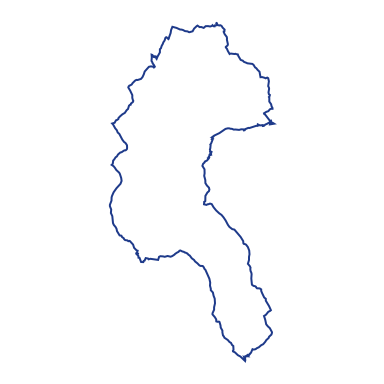 Rozavlea, Maramures, Romania (Natural Earth projection), rotated 270°
{"feature_id": "2599482B19056490383889", "entity_name": "Rozavlea", "entity_type": "district", "adm_level": 2, "iso_a3": "ROU", "parent_name": "Romania", "parent_adm1": "Maramures", "projection": "natural_earth1", "projection_center": [24.205, 47.737], "detail": "fine", "context": "isolated", "style": "outline", "palette": "blue", "viewbox_px": 384, "rotation_deg": 270, "n_neighbors": 0, "source": "geoboundaries", "source_scale": "gbopen_adm2", "svg_char_len": 6038}
<svg xmlns="http://www.w3.org/2000/svg" viewBox="0 0 384 384"><g transform="rotate(270 192 192)"><path d="M73.8,270.9L77.8,269.1L83.3,265.8L85.2,265.8L86.5,264.2L90.9,262.1L93.1,261.2L94.6,261.2L95.6,259.7L95.7,257.0L96.7,256.1L97.3,255.9L97.8,255.0L98.1,253.6L99.0,252.2L99.6,251.9L105.5,251.3L109.9,251.6L111.4,251.3L112.9,250.6L114.9,250.3L116.4,250.5L117.9,249.8L120.2,247.9L124.0,249.0L127.1,249.0L129.7,249.5L133.5,249.2L136.9,247.9L139.3,246.1L139.7,245.5L140.2,243.7L140.7,243.4L142.9,243.2L147.1,240.6L154.4,234.4L154.9,232.2L157.1,229.4L159.2,227.9L163.4,225.7L166.7,223.5L169.1,221.5L170.7,219.2L173.6,216.1L176.7,213.6L179.9,211.7L180.4,210.0L179.8,208.5L179.7,207.5L179.1,206.5L179.7,204.0L182.2,204.2L182.7,205.2L183.1,205.3L188.1,205.4L191.5,207.4L192.8,208.9L194.5,209.4L196.4,208.9L198.5,206.9L200.9,205.4L204.0,205.3L208.1,204.2L210.7,204.6L214.7,204.5L218.1,202.4L220.2,203.1L221.6,204.6L222.4,204.8L223.5,207.0L225.0,208.3L225.6,208.0L225.8,208.7L226.4,208.5L226.7,209.1L227.3,208.8L228.2,209.4L229.0,209.5L228.9,210.2L229.0,210.5L229.4,210.0L230.4,210.2L230.9,210.4L230.6,210.9L231.2,210.8L231.4,211.3L232.1,211.5L232.3,210.9L232.0,210.2L232.5,210.0L233.1,210.3L234.5,209.9L235.7,210.3L238.8,210.6L239.4,210.3L240.5,211.1L244.1,212.5L244.7,211.9L245.3,212.9L246.1,212.2L247.2,213.2L247.2,212.6L248.4,214.2L250.9,219.4L255.1,225.5L255.7,227.9L255.7,229.0L255.2,230.8L255.2,231.8L254.4,233.8L254.5,235.4L254.1,239.1L254.7,241.2L254.6,243.6L253.9,243.8L254.5,244.7L254.1,244.9L255.1,245.8L256.1,248.3L256.0,249.5L258.1,256.0L258.1,257.6L259.6,257.8L259.1,258.9L258.9,258.8L258.6,260.0L258.9,262.7L258.0,262.8L258.1,263.8L259.5,265.4L260.0,266.7L262.1,270.3L259.6,269.9L260.3,274.1L261.1,272.8L261.0,271.7L263.4,271.0L263.1,270.0L269.5,265.1L269.9,264.3L270.7,264.0L272.2,266.4L272.8,268.3L274.7,269.9L275.2,271.0L275.2,272.5L276.0,272.5L277.6,271.6L279.8,271.1L282.4,269.3L286.4,269.3L287.0,268.9L287.7,269.5L289.0,269.9L289.8,268.9L291.6,268.5L295.2,269.1L296.4,268.9L297.9,268.2L302.7,268.9L305.8,268.2L306.4,267.2L305.7,265.6L306.2,264.6L306.9,262.2L306.8,260.5L312.3,259.5L314.1,257.6L315.8,256.3L316.6,255.1L319.2,253.5L320.1,252.3L320.7,247.3L321.1,246.6L322.1,244.0L323.4,242.7L323.9,241.1L324.2,240.6L328.1,238.3L329.6,237.8L329.8,236.4L330.2,235.5L330.0,234.4L330.4,231.1L330.3,230.1L330.0,229.6L333.1,227.8L335.1,227.0L336.6,225.8L337.1,225.8L338.6,227.6L339.8,227.9L344.3,226.9L345.4,227.0L347.0,226.8L349.8,224.7L352.0,223.7L352.5,223.7L352.7,224.4L354.4,224.6L356.5,222.5L357.8,221.8L358.5,220.9L358.8,220.1L358.5,219.5L358.9,217.6L360.9,216.8L361.0,216.5L360.7,216.3L359.4,217.2L359.0,217.1L358.7,216.4L358.7,215.0L357.7,214.7L357.7,213.8L358.8,212.5L358.1,212.1L357.5,210.1L357.9,208.0L357.8,205.6L356.1,203.7L357.0,201.2L356.9,199.6L358.4,197.5L357.9,196.7L355.4,194.1L352.7,192.6L351.8,189.5L351.9,188.8L352.6,187.6L352.9,185.0L354.0,183.0L354.4,181.6L354.5,180.0L356.1,176.5L357.2,172.4L354.0,171.1L350.9,170.6L346.5,169.0L345.4,168.8L344.9,168.4L346.7,166.6L346.8,166.2L346.1,165.4L343.5,164.6L341.6,163.3L340.1,162.8L338.2,161.7L335.7,160.9L334.8,159.9L331.6,159.9L327.3,157.5L325.1,156.6L325.5,156.3L327.4,156.2L327.6,155.7L327.7,154.7L326.9,154.4L327.0,153.8L329.0,152.4L329.3,151.6L326.7,151.8L323.1,151.5L321.4,152.5L320.7,152.6L319.0,153.9L317.3,154.8L316.5,153.9L317.4,152.9L317.6,150.8L317.2,148.9L312.5,144.7L309.7,143.8L306.9,142.5L305.1,141.0L304.0,137.6L304.1,136.4L303.4,135.1L300.9,132.6L299.5,131.7L298.7,130.3L298.4,129.4L297.5,128.6L296.5,128.3L293.5,130.1L288.9,132.3L286.1,132.3L283.9,132.9L283.1,133.3L282.0,132.9L280.4,130.9L279.3,130.7L279.0,129.7L278.3,129.0L275.0,128.0L273.9,126.7L271.1,124.8L269.7,122.4L267.6,120.0L266.0,118.5L264.9,118.3L264.1,117.1L263.7,116.0L261.2,114.6L260.5,112.2L259.5,113.1L255.7,115.2L253.8,116.8L251.5,117.7L250.1,119.3L244.4,122.3L242.1,124.0L241.1,125.4L239.4,126.6L238.6,127.0L236.5,127.1L235.1,127.0L234.2,126.3L233.7,125.6L233.7,124.7L233.3,123.8L231.8,121.6L231.5,120.3L229.5,118.0L227.6,116.9L226.7,115.6L224.4,114.1L223.5,113.2L220.5,112.8L219.7,112.4L219.1,111.7L217.8,113.6L216.2,114.9L214.0,116.3L211.3,119.2L210.0,119.9L206.0,121.2L203.1,121.6L200.2,120.5L195.8,116.5L191.7,113.6L188.0,112.0L186.6,111.6L183.4,111.5L179.2,109.9L177.8,109.9L174.5,111.2L171.0,110.9L167.9,112.3L160.9,113.0L159.1,113.8L157.1,115.5L155.3,116.5L152.9,117.0L148.6,119.6L148.3,121.4L146.9,122.1L145.8,123.7L144.7,124.2L143.9,125.2L143.6,127.4L142.8,128.3L143.1,129.6L142.9,129.9L139.4,133.1L136.2,134.1L133.6,136.6L133.3,137.6L131.5,137.1L131.2,136.5L130.3,136.2L130.0,136.5L129.9,137.6L130.5,137.8L130.4,138.0L128.9,137.5L128.2,138.3L126.3,138.5L126.2,139.5L122.0,141.1L121.9,143.3L123.1,143.7L123.4,144.6L125.9,145.7L125.5,148.0L124.7,148.6L125.2,150.3L124.1,158.1L127.2,159.1L127.8,160.4L127.6,163.1L127.2,164.7L128.0,167.6L127.3,170.6L127.9,172.2L129.4,174.5L130.1,175.1L131.5,177.2L132.1,178.5L133.3,179.5L133.5,180.4L132.5,182.4L132.2,183.8L131.5,184.7L131.4,185.6L130.7,186.7L130.6,187.3L129.2,188.5L128.5,189.7L125.7,191.8L124.0,194.1L122.6,195.0L120.6,197.5L118.7,199.3L118.1,200.4L118.0,202.7L116.7,203.8L115.2,204.4L114.2,205.4L105.2,209.4L101.4,210.2L98.3,210.0L95.3,210.8L93.8,210.8L91.5,212.9L88.2,213.6L85.4,214.7L80.7,215.0L76.8,214.1L74.3,214.1L70.7,212.5L69.6,212.5L66.8,214.9L64.6,216.2L62.6,216.3L62.2,217.5L62.4,218.9L62.0,219.5L58.6,220.5L56.5,220.7L53.4,222.4L51.6,222.4L48.5,223.0L47.7,223.8L46.3,224.4L44.0,227.8L42.0,229.5L41.1,231.0L39.1,232.0L38.0,233.3L34.1,233.5L33.1,232.9L32.6,233.0L31.6,235.0L28.8,237.9L27.5,240.4L23.0,245.1L23.9,245.3L24.8,243.9L25.3,244.0L25.8,244.5L26.7,244.2L26.1,245.2L27.8,245.4L27.7,247.9L28.6,247.0L29.2,247.8L28.9,248.5L28.4,248.5L28.5,248.7L30.0,249.9L30.1,248.9L30.3,250.0L31.3,251.0L34.8,252.5L34.4,253.6L34.8,255.5L35.9,257.0L36.7,258.8L38.8,261.2L39.8,263.2L42.4,265.4L43.8,266.2L46.0,268.6L47.3,269.1L49.4,271.4L51.3,272.0L52.0,271.9L55.9,269.8L57.6,267.9L59.7,266.2L64.4,265.2L68.0,264.0L69.2,265.9L72.2,268.3L73.1,270.1L73.8,270.9Z" fill="none" stroke="#1e3a8a" stroke-width="2"/></g></svg>